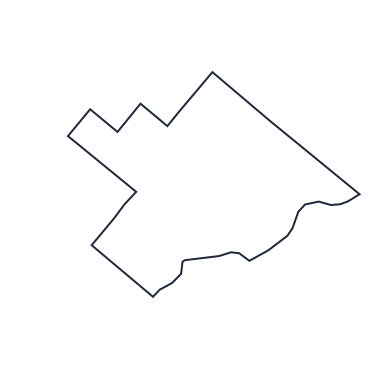 Warren, Missouri, United States of America, rotated 309°
{"feature_id": "52423323B24848348476701", "entity_name": "Warren", "entity_type": "district", "adm_level": 2, "iso_a3": "USA", "parent_name": "United States of America", "parent_adm1": "Missouri", "projection": "orthographic", "projection_center": [-91.171, 38.77], "detail": "fine", "context": "isolated", "style": "outline", "palette": "slate", "viewbox_px": 384, "rotation_deg": 309, "n_neighbors": 0, "source": "geoboundaries", "source_scale": "gbopen_adm2", "svg_char_len": 567}
<svg xmlns="http://www.w3.org/2000/svg" viewBox="0 0 384 384"><g transform="rotate(309 192 192)"><path d="M295.7,323.6L296.2,232.6L296.3,208.4L298.0,132.4L245.0,131.4L227.7,131.4L228.2,96.4L191.8,96.3L192.2,60.8L157.4,60.4L157.0,148.5L140.0,147.3L122.9,148.0L87.5,147.5L86.0,227.6L95.8,228.4L108.8,233.8L121.5,235.0L131.9,228.5L134.7,229.5L159.2,253.3L169.6,260.2L174.1,267.2L174.6,279.9L194.7,288.0L218.0,293.7L227.1,292.9L243.5,287.1L253.4,287.7L264.3,296.5L269.4,308.3L275.7,314.8L282.8,319.1L295.7,323.6Z" fill="none" stroke="#1e293b" stroke-width="2"/></g></svg>